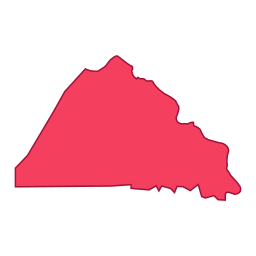 Perry, Missouri, United States of America (Mercator projection)
{"feature_id": "52423323B47197151820416", "entity_name": "Perry", "entity_type": "district", "adm_level": 2, "iso_a3": "USA", "parent_name": "United States of America", "parent_adm1": "Missouri", "projection": "mercator", "projection_center": [-89.676, 37.736], "detail": "fine", "context": "isolated", "style": "filled", "palette": "rose", "viewbox_px": 256, "rotation_deg": 0, "n_neighbors": 0, "source": "geoboundaries", "source_scale": "gbopen_adm2", "svg_char_len": 1674}
<svg xmlns="http://www.w3.org/2000/svg" viewBox="0 0 256 256"><path d="M111.3,186.0L131.1,184.6L131.1,188.4L149.1,189.9L156.2,185.8L158.9,190.9L161.7,186.0L170.7,188.5L174.5,192.6L177.0,186.5L183.0,186.7L190.3,190.6L198.2,184.5L201.7,196.5L205.2,198.0L214.0,195.6L218.0,199.7L225.3,200.1L225.3,198.1L225.3,197.5L225.4,194.6L225.6,193.7L225.9,193.0L227.0,192.3L227.9,192.2L229.4,192.5L234.6,194.2L237.2,193.8L238.9,192.9L240.1,191.7L240.6,189.9L240.6,188.7L240.4,187.6L239.8,186.2L237.3,182.7L230.4,175.1L229.0,172.3L227.3,170.3L226.6,168.3L226.8,167.2L227.2,166.4L227.2,164.2L226.9,162.0L227.1,156.9L227.9,153.3L228.5,151.4L228.5,149.5L227.8,147.6L227.0,146.4L225.2,144.8L223.9,144.0L222.0,143.2L219.6,142.9L210.2,140.3L207.9,139.5L204.6,137.7L203.3,135.9L201.9,133.3L200.1,129.4L198.2,127.8L196.0,126.5L194.8,126.3L193.7,125.3L193.5,124.5L193.6,122.9L193.5,122.4L193.2,122.2L190.9,122.5L189.6,122.9L187.8,123.9L183.7,123.7L182.3,124.0L179.3,123.1L177.7,122.1L177.0,121.2L176.8,120.6L176.1,118.1L176.7,116.1L177.4,114.2L178.4,111.2L178.8,108.9L178.7,106.7L178.4,105.9L177.5,104.8L175.6,100.9L174.0,99.6L172.9,98.7L171.2,97.5L166.6,94.8L164.4,93.7L159.5,89.9L155.5,85.9L154.4,84.5L153.2,82.4L152.0,80.9L148.6,80.9L147.2,81.1L146.1,80.6L144.6,79.3L143.5,78.8L140.4,78.7L138.6,77.9L137.8,77.4L136.4,78.9L133.9,76.6L133.1,75.5L131.7,71.7L131.9,70.5L132.6,69.3L132.5,67.0L132.0,66.2L130.5,65.6L127.2,63.5L119.6,57.6L117.5,56.1L116.8,55.9L114.7,56.6L110.7,59.6L109.3,61.1L106.1,65.4L104.5,67.0L99.1,70.4L97.6,71.2L93.8,71.2L90.4,70.8L85.7,69.1L85.4,68.9L64.7,91.7L53.1,112.4L27.5,155.5L15.4,168.1L15.4,186.8L111.3,186.0Z" fill="#f43f5e" stroke="#9f1239" stroke-width="1.5"/></svg>